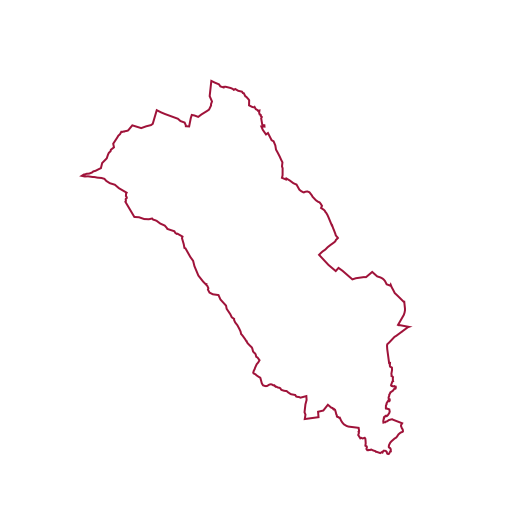 outline of Calnic, Alba, Romania, rotated 106°
{"feature_id": "2599482B71392361951203", "entity_name": "Calnic", "entity_type": "district", "adm_level": 2, "iso_a3": "ROU", "parent_name": "Romania", "parent_adm1": "Alba", "projection": "orthographic", "projection_center": [23.664, 45.882], "detail": "fine", "context": "isolated", "style": "outline", "palette": "rose", "viewbox_px": 512, "rotation_deg": 106, "n_neighbors": 0, "source": "geoboundaries", "source_scale": "gbopen_adm2", "svg_char_len": 6031}
<svg xmlns="http://www.w3.org/2000/svg" viewBox="0 0 512 512"><g transform="rotate(106 256 256)"><path d="M376.8,169.0L380.4,167.7L385.0,167.6L392.8,166.3L394.9,164.7L399.3,164.2L393.7,151.5L388.6,153.4L386.0,148.7L379.2,145.9L381.1,141.7L381.0,140.7L382.0,139.3L381.5,139.0L382.1,137.6L384.1,136.3L386.2,135.1L386.8,134.4L387.6,134.2L388.1,133.9L388.3,133.0L388.1,132.3L388.5,131.8L388.7,131.2L388.4,130.8L390.7,128.9L392.3,127.1L393.6,125.1L393.7,124.7L394.4,122.1L394.5,120.2L392.9,110.0L395.9,108.6L396.7,109.0L397.6,108.3L399.9,108.4L402.5,105.5L401.8,104.8L402.0,103.2L400.8,101.4L401.4,100.6L403.0,99.9L405.9,98.9L408.1,98.6L408.3,98.5L408.4,97.3L409.1,96.7L411.0,96.7L412.0,95.5L411.7,94.4L411.3,94.2L411.1,92.9L410.3,92.0L410.6,90.0L410.7,87.4L411.2,86.6L411.0,86.2L411.2,82.2L409.6,80.8L409.9,80.2L408.8,80.0L407.9,79.5L407.6,77.6L408.3,76.3L408.9,76.1L409.9,75.2L409.9,74.2L409.4,73.6L408.2,73.4L406.8,73.1L406.6,72.6L406.2,72.8L405.4,72.9L404.4,73.4L403.7,74.1L403.5,75.1L403.2,75.6L402.3,75.9L401.0,76.0L398.4,75.5L396.9,74.8L393.3,72.5L391.9,71.2L390.5,70.6L388.2,69.9L386.4,68.7L385.8,68.2L385.2,67.4L384.6,66.6L384.0,66.4L382.8,66.9L381.9,67.6L381.5,68.2L379.4,69.8L378.4,69.9L376.5,69.4L375.6,79.2L375.4,80.1L376.0,81.3L377.2,83.2L378.7,84.3L379.4,85.5L380.2,85.9L380.5,87.0L381.0,87.6L380.2,88.0L378.6,88.3L376.8,88.2L376.6,88.5L375.3,88.4L374.6,87.3L373.9,87.4L373.6,86.9L373.8,86.1L372.7,85.4L370.1,84.6L368.7,84.6L366.7,85.6L366.6,86.6L366.7,87.2L366.5,87.7L366.9,88.9L366.6,89.2L363.8,89.9L362.5,89.6L361.7,89.9L359.1,89.2L358.7,88.4L358.9,88.0L358.3,87.6L357.6,87.7L356.9,88.1L357.2,88.9L355.3,89.6L353.7,89.4L352.6,89.7L351.0,89.2L350.2,89.3L347.8,87.3L345.5,86.4L345.2,86.0L345.1,85.4L344.5,85.3L344.0,85.3L343.1,85.7L343.3,86.5L342.9,87.0L343.6,88.3L343.4,88.8L343.6,89.9L343.0,90.6L339.0,90.3L338.6,89.7L337.9,90.1L335.4,90.9L334.7,90.9L334.2,91.7L334.0,92.7L332.9,92.9L332.0,93.4L328.1,93.8L325.8,94.6L325.4,96.6L324.6,97.1L321.9,97.7L322.3,98.5L309.3,104.2L306.2,105.3L304.7,105.5L302.4,104.1L295.6,100.6L294.1,99.2L282.5,90.3L282.0,89.6L282.8,98.4L283.2,99.6L283.1,100.5L280.0,99.7L271.9,97.7L269.5,97.6L267.3,97.8L265.5,98.3L259.1,100.9L259.3,101.4L255.3,108.7L254.2,110.8L253.4,112.4L250.8,114.8L248.7,116.9L246.4,118.7L247.5,118.9L247.2,122.6L244.6,125.0L243.5,126.6L242.9,127.9L242.5,129.4L242.3,130.7L242.2,133.9L239.3,139.9L246.0,144.4L246.6,146.6L249.8,153.8L251.9,156.9L246.4,168.7L244.7,173.4L248.5,175.2L244.6,183.9L237.5,195.7L235.1,194.4L233.2,193.2L230.8,191.2L227.7,189.5L224.8,187.4L223.2,186.1L221.0,184.4L219.9,183.8L218.5,183.6L217.2,182.8L216.1,182.2L215.9,182.4L214.7,184.3L213.8,185.3L213.0,185.7L209.0,188.7L208.6,189.1L205.4,191.4L205.6,191.6L198.8,197.0L196.8,198.7L195.1,200.5L194.5,201.5L193.5,202.4L192.8,203.8L191.9,206.7L189.6,206.4L187.9,208.3L186.9,209.7L186.8,211.2L185.9,213.8L183.3,218.2L182.5,218.8L180.0,222.2L179.9,223.5L179.8,224.4L180.4,225.8L181.2,227.1L181.7,227.5L181.7,228.2L181.2,230.5L180.3,232.6L176.1,236.8L176.1,237.5L175.7,240.2L174.1,244.4L173.1,248.2L174.2,248.2L173.7,252.6L171.1,252.7L164.3,254.6L162.7,255.7L158.7,256.4L156.4,258.5L153.9,260.6L150.6,263.7L148.2,266.1L144.4,267.9L140.9,270.7L140.4,272.9L134.5,278.4L136.4,279.9L132.9,284.2L130.1,286.5L129.3,283.5L128.0,284.0L128.4,286.0L122.2,289.0L120.8,288.7L120.1,290.0L119.2,290.2L118.8,291.0L118.9,291.5L117.4,292.5L115.2,292.8L115.9,294.1L115.3,294.8L114.9,296.7L113.3,298.3L113.6,298.4L113.8,300.6L113.1,304.2L108.2,305.5L107.5,306.3L105.6,309.3L105.5,310.2L102.9,312.6L103.0,313.5L101.9,314.8L102.1,318.7L101.2,322.0L102.4,323.1L101.8,324.4L101.5,326.7L101.7,331.9L102.2,333.4L102.9,333.5L102.8,337.0L101.2,338.9L100.7,343.3L100.0,347.2L115.1,344.6L119.6,340.9L122.4,341.1L123.7,340.7L127.7,341.4L128.4,341.6L130.4,343.3L134.9,347.4L138.2,349.9L137.9,353.9L138.1,356.6L141.4,356.7L149.9,356.0L150.6,359.2L149.7,359.5L147.4,361.4L147.1,365.8L145.6,368.9L144.6,382.7L144.1,386.9L143.2,391.6L157.4,391.7L159.1,393.0L161.6,397.3L164.7,401.6L164.5,410.9L170.5,413.5L171.2,414.4L172.3,416.6L172.7,416.9L172.9,417.9L173.5,418.4L173.7,419.7L176.4,420.3L178.3,421.5L180.3,422.0L187.4,424.2L190.7,422.5L193.9,424.8L195.4,424.7L197.4,425.9L199.3,426.2L203.3,426.4L209.0,429.5L214.3,429.3L215.6,430.8L218.4,433.8L219.5,435.7L220.9,436.6L222.8,439.1L223.7,441.6L224.7,442.8L225.0,443.8L227.0,445.6L226.8,442.6L225.7,439.4L225.1,434.9L224.6,432.8L224.4,430.1L223.6,426.1L223.6,423.0L225.1,420.6L226.3,416.6L226.4,411.3L228.6,406.5L230.8,397.8L232.0,398.1L233.0,397.8L234.2,397.6L235.1,396.5L235.8,396.2L236.3,396.4L237.0,396.9L237.4,396.9L238.7,396.3L239.2,396.2L239.9,396.5L252.0,383.7L251.0,379.1L251.3,373.7L250.2,369.1L248.6,366.2L249.4,364.9L249.4,362.8L249.6,361.2L251.2,357.0L251.9,352.1L253.6,349.5L254.1,348.9L254.4,348.7L254.6,344.4L254.7,341.3L255.1,340.9L256.0,340.0L256.6,338.3L256.2,337.7L257.6,332.0L259.2,332.1L264.6,328.7L268.0,327.0L268.1,325.9L275.0,318.9L278.0,315.1L282.7,312.4L290.7,306.0L295.1,299.9L296.7,297.1L296.7,296.1L297.2,296.2L298.2,294.5L300.1,292.9L301.5,293.0L304.0,290.6L304.7,286.9L303.9,281.3L307.6,278.2L312.0,271.1L314.8,269.7L319.1,264.6L321.6,262.4L322.5,259.7L323.6,259.4L325.6,257.7L327.7,254.8L330.8,251.8L332.9,250.0L335.1,248.8L335.8,247.6L336.6,246.5L339.3,243.1L340.3,242.2L340.5,241.4L341.0,241.2L342.1,240.1L343.8,237.2L345.0,234.9L345.9,234.1L348.6,232.5L349.4,231.3L349.9,230.1L350.7,229.2L352.8,228.0L353.2,226.5L355.2,223.9L357.7,224.5L359.8,225.5L363.8,226.1L365.1,226.1L366.8,226.5L368.9,226.5L369.5,226.0L369.9,223.8L370.5,222.8L371.5,219.8L371.6,219.0L372.0,218.2L376.8,215.3L378.4,213.6L378.5,211.2L378.1,209.9L377.6,209.2L376.3,208.1L375.4,206.9L375.1,205.5L375.5,204.0L375.4,203.5L375.5,203.2L375.2,202.9L375.5,202.1L375.9,201.9L376.3,200.9L376.0,200.4L376.4,198.7L376.3,197.6L376.2,197.1L376.5,196.1L377.4,195.2L377.7,194.5L377.8,192.0L377.6,190.3L377.4,189.6L377.5,189.0L378.1,187.9L379.1,184.8L379.2,184.2L378.8,180.0L380.0,178.6L380.0,177.4L379.7,175.9L379.9,174.2L376.8,169.0Z" fill="none" stroke="#9f1239" stroke-width="2"/></g></svg>